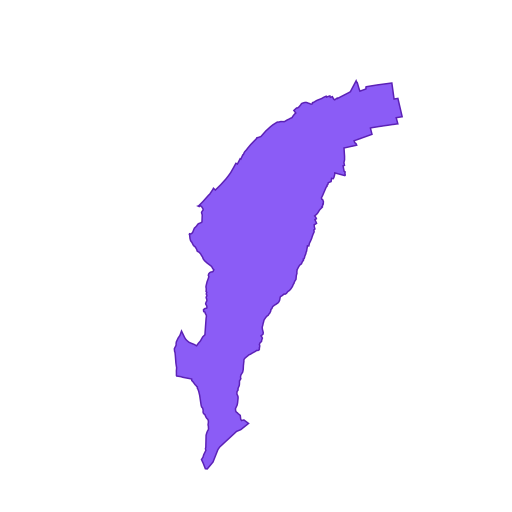 the district of Racu, Harghita, Romania, rotated 295°
{"feature_id": "2599482B90471627736473", "entity_name": "Racu", "entity_type": "district", "adm_level": 2, "iso_a3": "ROU", "parent_name": "Romania", "parent_adm1": "Harghita", "projection": "orthographic", "projection_center": [25.705, 46.459], "detail": "fine", "context": "isolated", "style": "filled", "palette": "violet", "viewbox_px": 512, "rotation_deg": 295, "n_neighbors": 0, "source": "geoboundaries", "source_scale": "gbopen_adm2", "svg_char_len": 6102}
<svg xmlns="http://www.w3.org/2000/svg" viewBox="0 0 512 512"><g transform="rotate(295 256 256)"><path d="M101.1,320.0L102.3,314.3L101.6,313.7L101.4,313.1L100.8,312.5L101.5,311.2L104.9,309.1L105.6,306.3L106.1,305.2L106.1,304.4L106.8,303.2L108.9,301.9L112.9,301.9L115.0,301.4L119.1,300.0L120.7,299.3L121.7,298.4L122.8,297.0L125.1,296.1L127.0,296.4L127.9,295.8L129.4,295.6L131.2,295.6L132.4,295.3L133.9,294.7L134.7,294.3L135.9,293.8L137.6,294.1L138.6,294.0L138.7,293.7L140.0,293.0L141.8,292.6L145.1,293.0L147.7,292.4L151.6,290.8L152.9,290.4L153.9,290.0L155.0,289.7L156.8,288.9L157.5,288.9L158.8,289.2L159.9,289.7L162.4,290.9L163.1,291.1L164.8,292.6L166.1,293.4L169.5,295.9L170.7,296.5L171.2,297.7L172.3,298.5L173.2,298.4L174.1,297.8L175.0,297.8L176.3,297.3L177.1,296.5L178.7,296.3L180.9,297.1L182.3,296.7L184.3,296.5L185.2,295.3L185.7,294.3L187.9,295.3L188.2,295.4L189.7,294.9L192.4,292.7L194.1,291.7L196.6,291.3L197.6,291.0L199.7,290.7L200.7,290.4L202.0,290.4L203.6,290.7L204.6,290.8L205.5,291.2L206.4,291.4L207.4,292.1L208.7,292.2L210.0,292.6L212.5,292.6L213.8,292.1L215.0,292.6L217.2,292.5L219.4,293.6L220.7,294.6L221.6,294.8L222.1,295.5L224.2,296.1L225.9,296.1L229.0,295.3L229.9,295.5L230.3,295.9L231.9,296.9L232.4,296.9L233.5,297.6L233.6,298.4L235.0,299.4L236.2,299.6L237.5,300.0L238.4,300.6L239.3,301.0L241.0,301.5L243.7,301.9L246.0,301.8L247.4,302.0L248.0,301.8L249.8,301.8L251.7,302.1L255.3,300.8L257.7,300.4L259.0,299.6L259.8,299.5L260.9,299.0L261.4,299.1L264.1,299.2L265.7,299.4L267.0,299.8L267.8,300.4L268.2,300.5L270.3,300.4L271.6,300.7L272.3,300.8L273.1,300.2L273.3,300.5L274.2,300.7L275.2,300.6L276.4,300.3L279.1,300.2L280.5,299.8L281.8,299.8L284.1,299.1L285.1,298.9L287.0,298.3L287.4,299.6L290.3,299.0L292.2,299.1L295.5,299.0L297.6,298.7L300.1,298.5L302.2,298.5L302.8,298.3L304.0,297.4L305.4,298.0L307.1,296.5L309.0,295.5L309.8,296.2L311.2,297.1L312.0,296.2L313.9,294.0L315.3,295.0L316.1,294.1L316.6,293.3L317.1,292.2L319.4,293.3L321.4,293.8L324.8,294.2L328.2,295.4L328.4,294.9L329.5,295.2L331.3,294.6L331.5,295.0L333.8,294.1L335.3,292.5L335.2,291.6L336.4,290.7L338.7,290.8L347.9,290.5L349.4,290.9L350.1,290.4L351.1,290.9L352.2,290.7L352.9,290.5L355.2,292.6L358.3,291.7L358.7,293.3L360.2,293.4L363.1,292.9L364.6,292.3L366.4,302.5L366.8,302.7L367.5,302.4L368.0,301.9L369.9,301.2L370.0,300.1L374.5,296.8L375.5,297.9L377.8,296.2L380.6,295.6L383.8,294.1L391.1,290.1L399.0,300.4L400.1,299.2L400.5,297.6L400.9,297.1L401.9,296.2L415.3,309.7L420.3,305.6L421.0,306.4L425.3,312.7L426.9,315.2L427.7,316.3L430.0,319.9L432.9,324.2L433.4,325.1L435.2,327.8L435.7,328.7L440.6,324.6L444.0,329.6L458.8,318.0L456.6,314.8L470.2,306.0L462.6,294.1L459.3,289.2L456.0,284.4L455.7,284.2L455.4,284.3L454.5,284.8L453.9,285.0L453.1,284.3L449.3,280.5L451.7,278.2L454.8,275.5L456.0,274.4L455.8,274.0L457.1,272.7L444.8,272.1L443.6,271.3L442.3,270.3L433.1,263.2L433.4,262.8L431.7,261.8L431.1,261.6L430.7,261.1L431.0,260.4L431.0,260.0L431.7,259.5L431.8,259.0L432.0,258.5L432.7,257.9L431.2,256.3L432.3,255.3L429.9,252.8L430.5,252.2L430.3,251.9L428.2,250.1L426.8,249.2L426.1,248.6L423.1,245.7L421.5,244.5L420.4,243.9L419.8,243.4L418.9,242.4L418.7,242.4L418.1,242.8L417.8,242.7L417.0,242.0L416.8,241.4L416.8,239.9L416.6,239.0L416.6,238.0L416.4,236.5L416.1,235.9L415.5,235.0L414.7,234.1L413.7,233.1L413.1,232.8L412.1,232.7L409.5,232.0L408.2,231.4L407.7,231.0L407.3,230.2L403.9,228.8L402.4,231.6L400.7,230.9L397.6,230.2L397.1,230.3L396.3,230.0L395.4,229.0L394.4,228.4L392.4,226.7L390.1,225.2L389.7,224.8L388.3,221.6L387.0,220.0L386.4,218.7L382.1,215.9L379.3,214.5L373.6,212.1L366.4,210.0L364.5,208.1L363.5,206.8L362.8,206.9L354.7,204.1L349.4,202.7L348.8,202.7L347.0,202.1L345.5,201.7L344.8,201.6L343.3,201.7L342.4,201.6L342.2,201.3L337.3,201.3L337.4,200.5L331.5,200.3L331.5,198.6L326.5,198.3L320.7,197.8L316.5,197.0L313.1,196.2L305.9,194.0L298.6,191.3L299.4,188.8L298.3,188.8L292.3,187.9L291.3,187.4L282.9,184.9L277.9,183.1L277.1,182.7L276.8,182.4L276.8,183.7L278.2,184.3L277.4,186.5L276.4,187.9L275.5,188.6L273.1,188.2L272.3,188.3L270.5,189.9L264.1,192.6L263.6,192.5L262.5,191.7L261.2,190.4L260.4,189.9L257.8,189.4L255.9,188.7L255.4,188.4L254.3,188.4L250.9,188.6L249.5,188.3L248.5,187.6L248.2,187.0L248.1,186.4L247.3,186.5L247.1,186.9L244.1,188.7L242.6,189.9L241.8,190.9L241.2,192.2L239.3,194.6L239.3,194.9L238.6,196.1L238.7,196.4L238.7,196.9L236.9,199.5L235.6,200.6L235.4,201.9L235.4,202.8L234.5,205.0L233.7,206.0L232.3,208.2L231.2,209.2L230.0,211.3L229.0,214.5L227.9,219.7L227.1,221.2L226.3,222.1L225.7,223.6L223.9,223.6L223.4,223.4L222.5,222.0L221.5,221.2L220.6,220.9L219.9,220.7L218.4,220.9L217.4,221.9L216.7,222.1L213.9,222.4L212.1,222.5L208.2,223.3L206.8,223.7L205.7,224.5L203.9,225.4L202.9,225.6L202.7,225.9L202.4,226.5L202.1,226.8L200.8,226.9L200.3,227.1L199.8,228.0L199.1,228.3L197.6,228.2L196.8,228.7L196.5,229.2L195.2,230.2L194.3,230.4L193.0,230.3L191.5,230.5L191.2,230.7L189.9,232.5L188.9,233.1L188.5,233.3L188.2,233.4L187.9,233.3L186.7,231.8L186.4,231.7L186.1,231.7L185.8,231.5L185.6,231.2L185.1,231.1L183.5,232.1L183.6,233.3L183.5,233.5L182.9,234.1L182.6,234.2L181.5,235.8L180.5,236.5L178.2,237.2L163.0,243.0L160.2,241.9L155.3,241.5L152.7,240.7L149.5,240.1L149.5,239.2L149.7,238.2L149.7,236.7L149.5,233.6L149.5,231.6L150.3,228.8L150.9,227.4L151.9,225.8L156.5,220.2L153.4,220.5L151.7,220.6L148.7,220.1L144.4,220.1L142.6,220.7L141.7,221.2L140.5,221.3L138.3,221.2L137.4,221.2L135.2,222.5L134.3,223.4L131.6,225.0L125.2,228.6L122.9,230.1L121.2,231.3L118.2,232.4L116.0,233.5L115.1,233.9L114.2,234.3L113.7,234.8L114.9,239.0L115.1,240.8L116.7,247.1L117.3,249.7L116.0,250.4L115.3,252.2L113.6,255.3L113.3,256.4L112.7,257.3L112.6,258.2L111.4,258.7L110.8,259.6L109.1,261.3L105.8,263.9L97.6,269.3L96.2,270.5L95.6,271.9L94.0,273.2L92.1,274.0L91.0,275.1L90.7,276.6L88.8,278.8L88.1,279.9L87.6,281.3L86.8,282.2L85.5,283.0L82.7,283.9L81.7,284.7L79.3,286.0L78.1,286.2L76.9,286.0L75.1,286.1L72.5,286.5L61.3,291.4L60.0,291.6L58.6,292.7L53.8,292.6L51.1,293.0L48.5,292.6L45.9,295.7L41.8,300.0L42.4,301.8L51.1,304.1L64.4,303.3L67.5,303.8L88.8,312.5L92.2,315.6L101.1,320.0Z" fill="#8b5cf6" stroke="#5b21b6" stroke-width="1.5"/></g></svg>